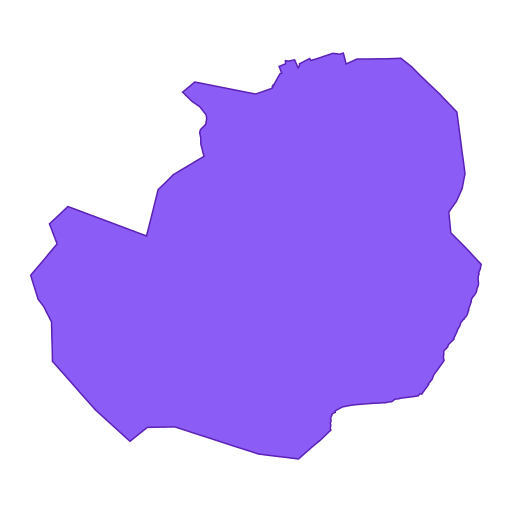 Enschede, Overijssel, Netherlands (Albers equal-area conic projection)
{"feature_id": "6326949B24247619759097", "entity_name": "Enschede", "entity_type": "district", "adm_level": 2, "iso_a3": "NLD", "parent_name": "Netherlands", "parent_adm1": "Overijssel", "projection": "albers", "projection_center": [6.885, 52.223], "detail": "fine", "context": "isolated", "style": "filled", "palette": "violet", "viewbox_px": 512, "rotation_deg": 0, "n_neighbors": 0, "source": "geoboundaries", "source_scale": "gbopen_adm2", "svg_char_len": 5675}
<svg xmlns="http://www.w3.org/2000/svg" viewBox="0 0 512 512"><path d="M52.4,361.3L54.5,363.6L60.3,370.2L60.5,370.4L60.7,370.6L69.3,380.3L70.3,381.5L71.2,382.4L73.4,385.0L77.0,389.0L78.4,390.7L84.6,397.7L88.7,402.3L93.4,407.6L93.5,407.7L95.4,409.9L130.0,441.3L140.8,432.6L143.3,430.6L143.8,430.2L144.7,429.5L147.4,427.4L151.6,427.3L156.4,427.2L156.8,427.2L159.5,427.1L161.8,427.1L162.7,427.1L165.1,427.1L167.6,427.0L170.3,427.0L173.4,426.9L174.8,426.9L175.8,427.2L181.7,429.1L187.1,430.9L188.1,431.2L188.4,431.3L189.6,431.7L190.4,432.0L191.5,432.3L193.4,433.0L193.9,433.1L195.4,433.6L206.6,437.2L226.5,443.7L232.2,445.6L248.9,450.9L253.0,452.2L254.2,452.6L255.7,453.1L258.7,454.1L262.3,454.5L265.1,454.9L268.5,455.3L279.1,456.6L282.2,457.0L284.5,457.2L286.9,457.5L288.5,457.7L289.7,457.9L296.5,458.7L298.5,459.0L304.8,453.4L312.4,446.7L316.7,443.1L318.9,441.2L319.0,441.4L320.7,439.8L322.1,438.5L325.7,435.0L326.7,434.0L327.3,433.5L329.4,431.4L330.5,430.5L330.9,430.0L330.6,429.5L330.4,429.0L330.3,428.3L330.3,428.1L330.3,427.7L330.6,426.8L330.7,425.5L330.8,425.3L330.8,425.2L330.8,424.9L330.4,423.8L330.3,423.1L330.4,422.7L330.7,422.2L330.9,421.8L331.0,421.5L331.0,420.5L331.0,419.9L330.9,419.9L330.7,418.3L330.8,417.8L330.8,417.6L331.1,417.0L331.5,416.1L332.4,413.9L332.6,413.7L332.9,413.4L333.4,413.1L335.3,412.4L335.2,410.8L337.8,409.5L338.2,409.2L340.1,408.2L341.9,407.2L342.8,406.9L346.2,406.2L350.4,405.4L356.4,404.6L374.4,403.2L376.9,403.2L379.4,403.1L381.0,402.9L381.9,402.7L382.3,402.7L382.7,402.8L383.3,402.7L384.0,402.8L385.5,402.7L386.3,402.6L386.6,402.6L387.6,402.2L389.0,401.9L389.7,401.8L390.2,401.9L391.2,401.8L391.7,401.6L392.5,401.1L393.4,400.6L393.7,400.2L394.0,399.9L394.2,399.7L394.5,399.5L394.9,399.3L397.5,398.8L398.5,398.9L399.2,398.7L399.8,398.3L400.0,398.3L400.3,398.3L400.9,398.2L401.3,398.1L407.1,397.4L412.7,396.7L418.2,395.9L419.9,393.8L421.7,394.1L425.0,389.5L428.6,384.6L428.1,384.2L432.1,379.3L433.9,374.6L438.1,369.1L439.9,366.4L443.2,361.9L444.1,360.3L443.4,357.5L443.7,354.7L443.9,350.8L447.5,347.3L448.5,344.5L454.0,339.1L453.7,338.6L456.7,332.3L457.9,329.1L459.9,325.7L460.9,322.4L462.0,321.2L463.1,319.8L463.9,318.8L464.1,318.9L464.1,318.7L464.3,318.3L465.2,317.4L465.4,317.3L465.7,317.0L466.7,315.5L466.9,315.1L467.3,314.5L467.5,313.8L467.7,313.2L468.4,311.0L468.8,310.0L468.4,309.8L468.8,308.5L469.8,305.8L471.1,302.1L471.1,301.8L471.3,301.4L471.1,301.2L471.2,300.8L471.4,300.0L471.5,299.5L471.7,298.9L471.9,298.5L472.0,298.3L472.1,298.1L472.3,297.9L472.4,297.7L472.5,297.5L472.8,297.1L473.4,296.4L474.2,295.4L474.5,295.1L474.8,294.6L475.1,294.1L475.7,293.1L475.9,292.8L476.0,292.5L476.1,292.3L476.3,291.8L476.4,291.6L476.5,291.3L476.6,290.9L476.8,289.8L476.8,289.7L477.0,288.8L477.1,288.4L477.2,288.0L477.4,287.5L478.0,286.2L478.2,285.7L478.3,285.1L478.4,284.6L478.5,284.3L478.5,283.7L478.5,283.4L478.4,282.3L478.4,281.8L478.2,280.8L478.1,280.2L478.1,279.6L478.2,278.6L478.2,277.9L478.2,277.7L478.2,277.1L478.3,276.5L478.4,275.9L478.6,275.1L478.7,274.8L479.0,273.8L479.1,273.7L479.0,273.3L478.7,273.1L478.5,272.9L478.5,272.7L479.1,271.6L480.0,269.7L480.3,269.0L480.3,268.9L480.4,268.5L480.6,267.4L480.8,265.9L480.9,265.5L481.2,264.7L481.3,264.4L476.9,259.8L470.8,253.2L464.4,246.4L459.8,241.8L459.6,241.6L452.2,234.2L450.8,232.8L450.7,231.9L450.3,227.3L448.8,212.1L450.6,209.5L451.4,208.4L452.4,206.9L456.3,201.5L457.4,199.2L458.9,195.9L460.5,192.3L461.8,189.3L462.3,188.3L462.3,187.9L462.5,186.5L462.7,185.6L463.1,183.5L463.9,179.3L465.0,174.0L465.0,173.8L464.2,167.3L463.6,162.7L463.1,159.0L462.0,151.4L460.7,141.0L460.7,140.9L460.1,136.5L458.5,124.4L456.9,112.1L452.0,106.9L450.5,105.3L449.5,104.4L447.4,102.1L444.1,98.7L443.0,97.6L441.4,95.8L439.7,94.0L436.9,91.4L434.6,89.2L432.2,86.9L427.5,82.5L420.8,76.0L415.9,71.1L411.5,66.6L408.3,64.1L400.9,58.2L397.2,58.4L391.8,58.6L385.8,58.8L378.1,58.8L368.8,59.0L365.2,59.0L358.9,59.0L356.9,59.1L356.7,59.1L356.4,59.2L355.4,59.7L352.7,61.0L349.6,62.4L346.1,63.9L345.3,60.9L344.6,57.9L344.0,55.5L343.4,53.4L343.2,53.0L340.5,54.0L339.7,54.2L332.9,53.3L315.2,59.2L310.7,60.4L309.9,58.9L309.7,58.5L304.1,61.4L303.0,62.0L299.4,63.8L299.6,65.3L298.1,67.8L294.6,59.8L289.5,60.9L288.7,61.0L288.2,61.0L285.4,60.7L285.6,63.8L279.1,66.4L280.4,69.8L281.7,73.1L280.1,73.6L279.6,74.5L278.4,76.5L274.7,83.3L273.8,85.1L273.7,85.1L273.2,84.9L272.7,85.9L272.6,86.1L272.3,86.6L272.8,86.8L272.7,87.0L272.0,88.3L265.8,90.5L263.1,91.5L255.7,94.0L254.5,93.8L247.7,92.5L231.1,89.2L194.8,82.0L182.6,92.2L183.1,92.6L183.3,92.9L183.5,93.0L187.2,96.7L191.4,100.8L191.8,101.2L195.1,103.5L199.7,106.7L203.5,111.5L204.4,112.7L206.1,114.8L206.6,117.8L206.7,118.2L205.9,123.4L205.8,124.2L203.3,126.7L202.2,127.8L200.5,129.5L200.0,131.3L199.7,132.8L200.6,137.1L200.8,138.6L200.8,143.1L200.8,143.9L201.3,146.0L201.6,147.0L202.1,148.9L202.4,150.3L203.6,155.0L204.2,156.2L202.9,157.0L195.1,161.6L190.0,164.7L186.3,166.9L181.2,169.9L174.8,173.8L173.5,174.5L172.8,175.2L164.5,183.5L162.9,185.0L158.1,189.7L157.2,193.2L156.9,194.6L156.0,198.1L151.2,217.5L146.5,235.9L140.7,233.8L127.6,228.9L109.6,222.1L86.5,213.5L67.9,206.5L66.0,208.3L56.4,217.4L56.2,217.6L54.9,218.8L54.0,219.6L52.0,221.5L49.4,223.9L51.2,228.3L53.7,235.1L55.1,238.6L57.1,243.9L53.7,247.9L48.1,254.6L46.8,256.2L45.7,257.6L41.9,262.1L30.7,275.2L31.8,278.9L33.8,285.5L34.0,285.9L36.8,295.0L37.1,295.9L37.2,296.3L38.1,299.3L43.7,306.5L44.4,308.0L44.7,308.4L45.2,309.4L45.4,309.8L45.5,310.0L45.7,310.5L46.2,311.6L48.3,315.6L48.6,316.2L49.0,317.0L50.3,319.5L51.5,321.8L51.6,324.9L51.6,327.1L51.7,328.6L51.7,329.6L51.9,338.4L52.0,341.2L52.1,344.0L52.2,348.0L52.3,352.5L52.4,356.5L52.4,360.5L52.4,361.3Z" fill="#8b5cf6" stroke="#5b21b6" stroke-width="1.5"/></svg>